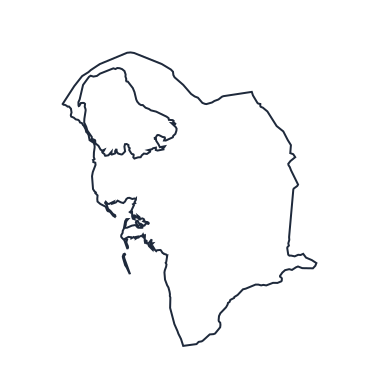 map outline of Balkan (Mercator projection), rotated 348°
{"feature_id": "TKM-351", "entity_name": "Balkan", "entity_type": "Province", "adm_level": 1, "iso_a3": "TKM", "parent_name": "Turkmenistan", "parent_adm1": "", "projection": "mercator", "projection_center": [54.104, 39.835], "detail": "fine", "context": "isolated", "style": "outline", "palette": "slate", "viewbox_px": 384, "rotation_deg": 348, "n_neighbors": 0, "source": "natural_earth", "source_scale": "10m", "svg_char_len": 6065}
<svg xmlns="http://www.w3.org/2000/svg" viewBox="0 0 384 384"><g transform="rotate(348 192 192)"><path d="M157.5,42.3L160.9,42.7L164.3,44.0L189.1,60.6L196.8,67.8L198.4,70.4L198.1,73.8L198.8,76.2L205.7,85.4L211.5,95.9L214.5,99.1L217.4,101.0L220.7,107.0L223.0,108.5L224.4,109.0L230.2,108.6L232.9,107.6L237.1,107.0L241.2,105.0L242.7,104.8L271.3,106.5L271.7,110.2L274.5,118.4L275.2,119.3L277.1,120.1L276.7,122.1L276.9,122.9L278.9,124.3L282.5,128.9L288.5,145.1L293.9,151.7L296.5,161.2L298.5,166.7L296.2,174.4L298.9,176.1L300.2,179.4L294.7,182.2L292.0,184.5L292.0,185.9L292.8,187.9L293.4,191.5L297.3,206.8L296.2,208.0L292.2,209.8L291.6,210.7L277.6,256.3L277.2,259.1L275.5,262.3L275.6,264.6L274.0,265.7L273.5,266.5L273.1,273.3L274.0,274.5L275.7,274.8L279.1,276.3L282.8,275.5L285.1,276.2L287.9,275.6L289.9,279.9L295.0,283.5L298.9,287.4L297.3,289.8L294.4,291.8L284.0,289.4L280.2,286.9L278.0,287.3L273.6,289.0L271.0,287.7L266.8,287.8L263.6,289.6L260.7,292.3L260.5,293.1L261.7,294.5L261.9,295.5L261.3,297.5L260.6,298.0L256.7,298.7L252.4,297.7L245.2,298.8L242.5,297.7L240.2,297.7L237.7,296.4L234.9,295.8L224.5,297.7L221.6,297.8L215.2,302.2L211.6,303.5L211.1,304.4L207.1,305.5L205.8,307.4L204.1,308.0L203.5,309.4L201.4,311.8L194.5,316.5L192.6,319.0L191.4,322.9L191.4,324.1L192.4,325.7L192.2,327.9L191.4,330.2L185.2,335.2L183.6,335.5L179.7,335.0L172.0,339.5L170.4,340.1L167.3,340.0L164.8,341.7L151.4,340.7L150.7,333.5L149.2,327.7L148.9,325.2L147.3,317.5L146.5,300.8L148.9,290.7L148.7,289.1L149.2,287.3L149.3,284.8L149.1,280.5L148.3,278.1L147.4,272.1L148.3,265.0L149.1,263.0L151.2,259.6L152.0,257.5L151.5,255.8L152.2,255.2L154.5,249.2L154.1,249.3L154.0,248.1L153.4,247.5L151.8,246.9L151.5,246.1L150.6,245.7L149.4,242.5L148.9,242.1L145.6,241.7L144.7,242.4L143.8,241.0L142.6,237.6L142.1,238.1L143.1,240.9L141.7,239.6L141.3,238.5L141.8,236.9L141.5,235.2L143.1,234.0L141.7,233.9L141.7,232.6L142.7,229.9L139.8,232.4L140.4,232.8L140.8,239.3L138.7,236.0L138.1,232.9L137.1,232.8L137.4,230.3L136.9,229.9L135.5,232.8L135.6,229.7L136.5,226.3L135.2,227.5L136.2,224.7L134.9,225.1L135.4,223.8L135.3,223.3L134.0,224.7L133.6,224.3L131.1,224.7L130.3,225.4L129.8,225.4L129.9,224.3L129.6,224.3L128.7,225.4L127.4,225.9L128.0,224.3L126.7,224.3L126.1,224.7L125.5,223.9L123.0,224.7L123.1,223.6L120.5,222.7L116.4,223.9L118.6,225.1L117.8,226.4L117.3,228.1L118.0,231.6L117.9,233.0L117.4,233.7L116.9,233.6L115.8,225.2L113.6,221.6L113.5,220.6L113.9,219.4L115.6,217.6L116.2,215.6L117.7,213.7L120.6,206.6L122.2,204.9L123.9,205.2L122.2,206.4L120.9,208.3L120.3,210.5L119.2,211.7L119.5,213.2L121.2,213.4L126.2,212.4L129.1,212.5L130.0,212.8L131.4,215.3L132.1,215.8L135.5,216.6L136.0,216.6L136.2,216.0L136.0,214.9L135.2,214.6L135.8,213.0L137.7,215.0L138.6,214.9L139.9,213.6L140.8,213.3L142.7,214.1L143.2,213.6L143.1,213.0L142.1,212.1L139.2,211.2L138.3,210.5L139.5,209.8L139.1,208.3L137.9,207.5L135.7,207.7L135.4,205.6L134.0,203.9L134.3,206.8L131.1,203.0L129.9,202.7L130.5,204.4L129.2,203.6L129.3,204.7L130.1,205.8L130.2,206.8L128.6,205.8L128.4,203.6L129.2,199.1L127.6,199.4L127.0,198.7L128.6,197.9L132.4,192.9L131.8,191.7L134.1,191.1L133.6,190.1L135.5,187.9L135.8,186.8L135.2,187.2L134.4,186.4L132.1,186.4L129.6,184.7L128.0,184.5L126.4,185.2L124.5,187.4L122.5,188.5L120.4,187.4L117.4,185.0L115.3,186.4L112.0,186.8L113.3,185.2L108.4,186.4L107.0,186.0L105.6,183.6L104.8,184.4L104.8,185.0L105.9,187.0L106.4,191.1L108.4,193.7L110.1,197.0L112.0,198.7L112.0,199.1L109.8,197.8L111.7,199.9L111.4,200.3L109.9,198.8L108.0,194.9L107.4,194.1L105.8,193.3L105.2,192.4L104.6,188.8L104.2,188.2L99.8,184.6L97.6,181.7L97.9,179.1L98.9,175.7L97.2,172.9L97.8,172.4L96.6,170.8L95.8,168.5L97.5,155.8L99.1,151.9L103.3,145.4L103.5,143.2L101.7,142.2L102.1,140.5L101.9,140.1L103.5,139.5L103.2,137.4L104.3,132.9L106.0,128.3L106.4,126.2L105.7,119.5L107.8,121.0L108.0,121.7L107.6,123.7L108.1,124.9L110.1,127.4L111.4,131.6L113.0,132.9L115.1,132.4L114.4,133.3L112.5,134.2L112.8,135.1L114.2,136.6L114.5,138.4L115.0,138.6L117.9,138.7L121.7,135.8L120.8,138.3L121.3,138.7L124.7,138.3L125.1,138.0L125.3,136.0L126.5,134.7L127.0,134.9L126.7,136.9L127.8,139.1L130.7,140.6L131.7,140.6L135.0,138.4L135.3,133.6L136.4,131.3L138.1,131.5L139.6,132.9L139.3,134.1L139.5,135.4L140.2,136.2L139.3,137.8L140.5,141.3L141.2,142.4L142.5,143.0L142.7,143.6L141.8,145.9L142.6,147.3L146.4,146.9L149.0,147.3L150.5,145.7L152.9,144.4L155.8,145.4L159.4,143.9L159.7,143.0L157.8,141.9L161.8,141.8L163.1,141.1L165.9,141.1L165.3,143.4L166.9,144.3L173.8,144.4L171.9,143.6L172.5,142.8L174.3,142.3L175.0,141.6L169.9,141.5L169.2,138.6L167.6,134.4L167.8,132.4L166.7,132.3L166.8,131.3L167.8,131.2L169.6,129.3L170.5,129.1L171.8,129.7L174.6,132.0L176.6,132.8L176.8,133.7L175.4,135.8L177.1,136.2L184.6,134.5L185.4,133.1L187.8,131.7L189.5,128.8L190.1,126.8L189.5,125.0L186.3,120.4L188.5,121.1L190.4,122.5L188.3,119.8L188.3,119.1L188.8,118.7L188.1,117.7L184.4,116.6L184.4,114.8L182.8,113.0L173.6,105.9L168.8,103.6L167.1,101.8L164.1,99.9L161.9,96.7L160.3,96.4L158.7,95.0L157.2,92.2L156.7,90.0L156.5,82.3L155.7,78.0L152.2,70.7L150.9,70.2L150.7,69.4L151.2,67.6L150.9,65.3L151.5,63.2L151.1,59.7L149.2,57.3L147.0,55.9L144.7,55.2L142.7,55.8L140.8,54.7L126.7,57.1L123.1,58.7L119.6,58.6L117.0,57.2L115.1,58.0L107.7,64.6L101.4,78.0L99.6,80.5L99.0,83.5L99.1,84.4L99.7,84.3L101.8,81.9L104.1,82.2L105.1,82.7L105.7,83.6L104.8,86.3L105.1,88.9L104.9,90.2L101.9,98.1L101.0,101.6L102.1,106.3L102.4,110.1L105.4,117.3L105.2,118.5L104.2,120.3L104.2,121.6L102.6,120.0L102.7,114.8L101.9,112.5L101.0,111.2L101.0,108.7L99.9,104.6L99.4,104.1L98.6,101.7L96.9,100.7L96.5,98.8L95.5,97.7L93.4,96.8L91.8,94.7L89.5,93.1L89.4,91.6L90.7,89.2L90.9,85.3L89.4,82.8L88.0,82.6L87.3,81.6L85.9,80.4L84.4,79.9L83.8,79.0L98.8,64.0L108.6,55.8L115.7,53.2L118.3,51.7L128.4,47.7L157.5,42.3ZM110.9,240.6L112.2,238.6L113.3,238.4L113.5,238.8L113.6,239.3L112.2,240.3L112.0,242.6L114.2,258.6L113.9,258.6L112.4,252.2L111.4,249.7L110.8,241.9L110.9,240.6ZM131.0,209.6L132.1,208.8L132.6,209.5L133.0,209.2L133.3,210.9L134.3,212.3L134.0,213.0L132.7,214.1L132.1,214.1L130.7,210.3L131.0,209.6Z" fill="none" stroke="#1e293b" stroke-width="2"/></g></svg>